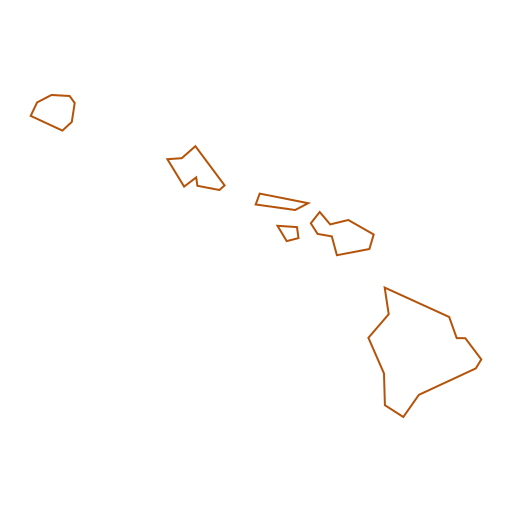 outline of Hawaii
{"feature_id": "USA-3517", "entity_name": "Hawaii", "entity_type": "State", "adm_level": 1, "iso_a3": "USA", "parent_name": "United States of America", "parent_adm1": "", "projection": "mercator", "projection_center": [-158.302, 23.654], "detail": "coarse", "context": "isolated", "style": "outline", "palette": "amber", "viewbox_px": 512, "rotation_deg": 0, "n_neighbors": 0, "source": "natural_earth", "source_scale": "10m", "svg_char_len": 722}
<svg xmlns="http://www.w3.org/2000/svg" viewBox="0 0 512 512"><path d="M465.3,338.2L481.3,359.4L475.8,368.4L418.9,394.8L403.3,417.0L384.9,405.2L384.0,373.5L368.4,337.8L388.7,314.2L384.7,287.6L449.2,317.0L456.7,338.1L465.3,338.2ZM373.7,234.5L369.4,249.0L336.9,255.2L331.8,236.4L317.6,233.9L310.8,223.3L319.7,212.0L330.2,224.4L348.3,220.0L373.7,234.5ZM195.4,146.2L224.6,185.4L219.4,190.0L197.4,185.8L196.2,177.4L184.1,186.6L167.4,159.2L181.7,158.2L195.4,146.2ZM74.7,103.0L71.8,121.9L62.4,130.6L30.7,115.9L37.1,102.4L51.4,95.0L69.6,96.0L74.7,103.0ZM259.7,193.6L308.2,203.2L295.1,210.0L255.7,204.5L259.7,193.6ZM297.0,227.1L298.5,238.1L286.7,241.1L277.5,225.8L297.0,227.1Z" fill="none" stroke="#b45309" stroke-width="2"/></svg>